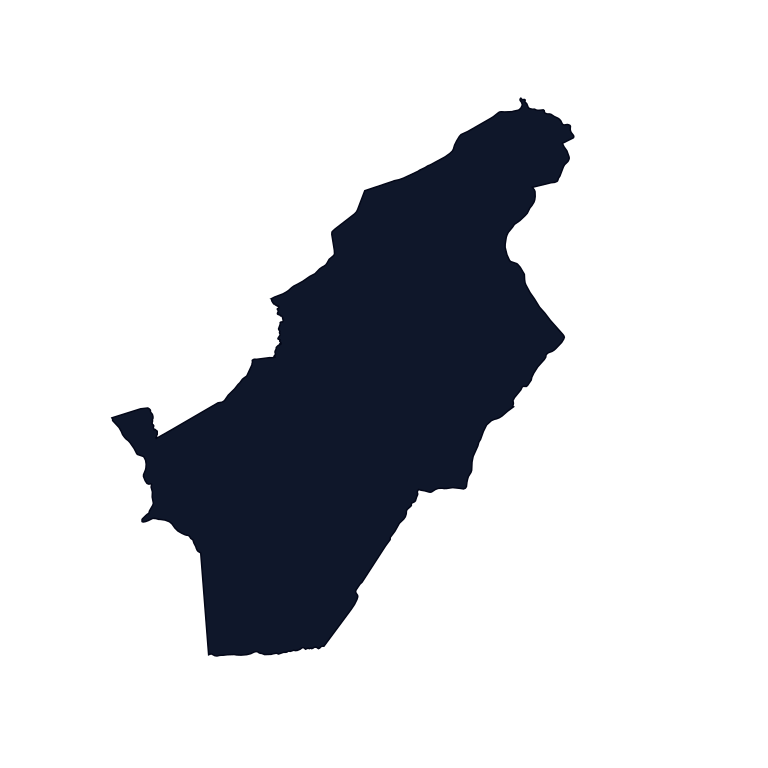 Maringue, Sofala, Mozambique, rotated 49°
{"feature_id": "85939544B35485552295049", "entity_name": "Maringue", "entity_type": "district", "adm_level": 2, "iso_a3": "MOZ", "parent_name": "Mozambique", "parent_adm1": "Sofala", "projection": "natural_earth1", "projection_center": [34.474, -17.814], "detail": "fine", "context": "isolated", "style": "filled", "palette": "ink", "viewbox_px": 768, "rotation_deg": 49, "n_neighbors": 0, "source": "geoboundaries", "source_scale": "gbopen_adm2", "svg_char_len": 6111}
<svg xmlns="http://www.w3.org/2000/svg" viewBox="0 0 768 768"><g transform="rotate(49 384 384)"><path d="M486.2,301.2L485.2,301.6L484.8,300.7L483.7,299.2L482.2,298.1L481.4,298.2L479.9,294.5L478.2,284.6L477.1,282.1L476.9,281.4L477.1,280.5L479.2,278.2L479.3,276.7L477.6,270.3L475.8,267.9L474.0,263.7L471.9,256.6L470.7,247.0L469.9,244.4L468.4,242.6L468.2,241.9L468.2,239.5L469.6,235.9L470.0,233.6L470.0,231.3L469.2,222.7L468.0,218.9L467.0,217.2L465.4,216.6L463.8,216.5L445.1,216.7L436.0,216.1L428.1,216.2L418.4,214.6L410.8,213.8L402.3,211.9L400.1,211.1L397.5,209.4L393.3,206.1L385.3,204.6L381.4,204.6L380.3,204.8L374.6,208.1L372.8,208.1L367.1,206.4L360.3,202.9L357.9,200.7L353.5,195.5L352.3,193.5L351.1,190.8L350.0,184.2L349.1,180.9L349.8,174.3L349.5,166.9L349.1,163.8L346.9,158.5L346.3,155.2L345.1,151.4L343.9,149.4L341.7,146.9L337.9,143.8L336.2,143.2L332.9,143.0L341.7,125.9L343.8,122.9L344.6,120.5L344.5,119.6L343.1,117.2L342.5,114.9L337.8,106.1L337.0,103.9L336.7,99.2L336.3,98.1L335.5,96.5L334.3,95.5L333.4,95.1L328.0,93.0L323.0,92.5L319.4,91.5L322.4,79.8L322.4,79.4L322.0,78.6L321.3,78.1L320.4,77.9L316.9,77.7L315.8,77.3L314.6,76.8L313.5,75.9L311.8,74.2L310.9,74.0L309.6,74.5L308.4,75.4L306.7,78.1L305.8,78.7L304.6,78.8L301.4,77.9L299.3,77.9L297.6,78.3L293.8,80.0L290.1,81.0L288.9,81.8L287.3,83.6L285.4,84.7L284.2,84.6L282.8,83.7L281.6,83.9L279.6,86.8L278.3,88.4L277.0,89.4L275.4,90.0L273.9,91.8L271.8,93.3L270.6,93.7L269.6,93.6L266.2,92.4L263.6,92.5L263.2,92.4L262.6,91.4L262.1,91.1L261.4,91.3L260.2,93.0L258.8,93.3L258.3,93.2L257.9,92.7L258.3,94.5L259.3,95.2L261.6,95.4L264.0,96.4L264.3,96.8L265.5,99.4L265.7,101.9L265.4,103.1L263.0,107.4L262.5,108.6L257.8,114.5L255.5,116.8L254.6,118.2L254.3,119.3L254.0,126.1L253.5,129.2L248.4,155.0L246.3,162.2L246.6,164.7L248.2,169.7L250.0,174.0L252.3,177.6L253.1,179.8L253.2,183.3L252.6,189.2L248.9,205.6L248.1,207.8L247.6,211.1L246.0,216.8L245.8,218.7L241.4,234.2L239.7,238.6L237.3,242.9L236.8,244.4L225.5,271.7L235.1,289.6L236.0,291.8L236.3,294.6L234.9,319.4L235.0,323.0L235.3,323.7L236.9,325.3L250.4,333.7L253.2,335.9L253.8,336.9L254.0,338.5L253.9,343.6L255.3,347.4L255.9,349.7L255.7,352.0L255.2,354.1L254.9,357.1L255.5,363.8L254.1,369.5L253.2,377.9L252.0,383.5L250.9,387.9L250.7,390.5L250.8,394.7L250.5,397.2L249.7,401.1L246.6,409.5L245.7,413.2L246.3,412.9L246.7,413.6L247.8,414.2L248.8,414.3L249.6,414.6L250.6,414.5L251.2,414.7L252.0,414.1L253.1,414.1L254.3,413.5L255.3,413.4L255.8,412.6L256.2,412.6L257.2,413.0L257.5,413.5L257.6,413.9L257.2,414.9L257.4,415.3L257.8,415.6L259.3,415.7L259.7,416.0L260.7,418.0L261.2,418.4L261.8,418.4L263.8,417.3L264.7,417.4L265.5,416.6L267.4,416.9L268.5,417.8L269.6,417.9L270.6,419.6L270.7,420.1L269.7,420.8L269.5,422.0L270.7,423.0L273.2,427.4L273.8,427.7L275.8,428.0L276.8,429.3L278.3,429.8L278.9,430.3L279.8,433.6L280.3,434.4L280.9,434.3L282.5,433.5L283.1,434.5L283.6,434.7L285.4,434.8L286.1,435.2L286.3,436.1L286.2,436.3L285.4,436.1L285.3,436.4L285.8,437.6L285.5,438.8L285.7,441.2L286.2,441.9L286.8,442.2L287.5,444.1L288.3,445.3L290.4,446.4L290.9,448.8L291.5,448.8L291.8,448.5L292.2,448.7L291.0,450.9L289.0,453.1L281.8,463.9L280.3,465.5L279.9,466.3L279.7,467.5L279.7,467.9L281.4,469.1L281.8,469.9L282.9,471.1L287.8,482.0L287.9,483.0L287.6,485.4L287.5,487.7L288.5,492.0L288.6,494.4L289.7,500.0L290.2,508.7L291.8,515.0L291.8,516.3L291.5,518.1L289.3,521.6L279.3,573.8L275.7,591.6L274.9,591.5L274.7,590.3L273.8,589.6L273.3,588.2L271.1,586.3L270.6,586.1L269.0,586.5L268.3,586.5L268.0,586.7L268.0,587.2L267.8,587.5L266.9,587.1L266.0,587.0L265.3,586.4L264.8,585.5L264.3,585.1L263.3,585.0L262.4,585.3L261.1,584.4L260.4,583.3L259.3,582.3L258.7,582.1L258.6,581.5L258.2,580.7L256.8,579.6L254.9,578.7L252.3,578.6L251.3,578.2L250.6,577.5L250.0,577.4L248.6,577.5L247.7,578.0L247.2,577.9L243.0,584.0L231.0,611.6L232.5,611.9L233.6,612.8L243.0,612.5L247.4,613.4L250.7,614.5L254.2,614.8L256.6,614.7L258.7,614.2L261.3,614.1L268.7,614.9L274.3,616.3L275.4,616.3L280.7,613.2L281.8,613.1L285.2,614.0L288.5,616.1L291.1,618.7L292.3,620.3L294.7,625.0L296.0,626.2L300.3,627.7L303.5,628.1L305.0,627.4L305.5,626.9L305.9,625.8L306.3,625.5L307.5,625.5L309.0,627.4L313.5,629.6L317.2,633.1L322.7,636.3L323.8,638.1L325.9,644.2L327.4,646.5L327.0,647.8L327.0,650.0L327.3,654.9L327.6,655.6L329.0,656.8L329.4,656.8L330.3,656.1L331.4,654.2L332.4,651.6L333.6,647.0L334.7,645.4L335.2,645.3L335.7,644.6L338.3,642.9L339.6,641.5L343.1,638.5L347.2,636.3L350.4,635.8L355.6,636.3L359.7,636.0L364.1,634.5L367.4,633.0L368.7,632.1L369.5,631.3L371.1,630.7L373.7,631.1L376.3,630.5L379.3,631.8L383.5,632.8L384.4,633.3L387.0,634.1L388.4,634.1L391.1,633.2L391.7,633.5L473.3,694.0L473.8,692.5L474.5,691.3L478.1,689.9L479.7,688.5L481.2,685.7L483.0,683.6L485.6,679.8L489.9,674.5L491.9,672.9L494.9,669.7L498.2,665.2L500.1,661.5L500.9,658.5L501.4,657.1L502.3,655.8L503.1,655.1L504.8,654.7L506.0,654.1L507.2,653.0L509.9,651.6L514.1,646.4L514.7,645.0L516.4,642.1L516.7,641.7L518.6,640.8L520.6,635.8L522.0,634.2L522.6,633.2L522.8,631.5L524.4,630.0L525.7,626.8L527.1,625.8L528.2,624.2L529.2,621.1L529.3,619.0L529.7,618.3L530.3,617.6L532.7,617.2L533.3,615.2L533.7,614.5L534.7,614.1L535.4,612.4L536.3,612.2L536.8,611.0L536.8,609.8L537.8,608.2L538.4,607.7L540.7,607.1L541.1,605.8L540.9,603.8L541.4,602.5L542.5,601.4L532.6,556.7L531.0,550.8L528.9,545.8L527.4,543.4L526.2,542.6L523.9,542.3L522.3,541.9L521.1,540.2L519.3,533.5L519.2,530.6L507.2,489.0L505.5,481.5L503.9,479.9L502.3,472.4L499.2,463.8L498.9,457.8L498.2,455.0L496.6,452.4L494.6,450.4L493.9,449.0L493.8,443.7L493.6,443.0L492.4,442.0L492.1,441.3L492.9,438.2L492.8,436.9L490.8,433.7L489.6,431.2L488.7,430.4L487.4,429.8L486.7,428.7L486.3,427.1L488.5,425.7L491.4,423.3L495.1,420.9L496.1,420.0L496.7,418.9L497.3,414.4L498.1,412.2L498.6,411.2L500.9,408.4L502.3,407.3L503.8,405.5L507.2,400.2L512.3,395.4L515.4,392.8L516.0,390.9L515.5,389.1L512.5,385.8L510.5,383.1L509.2,381.0L507.7,376.2L506.6,374.4L500.6,368.7L497.1,364.2L492.3,353.8L490.4,351.0L489.8,349.7L489.2,347.6L485.0,340.1L482.2,333.4L482.1,326.9L483.1,323.8L484.1,321.9L485.1,319.1L485.6,315.9L485.6,308.5L486.2,301.2Z" fill="#0f172a" stroke="#020617" stroke-width="1.5"/></g></svg>